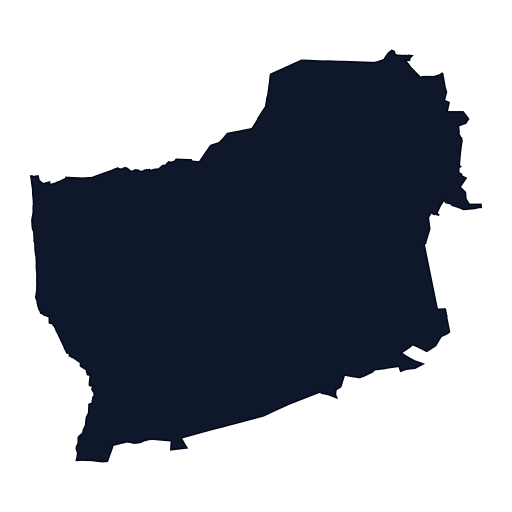 Skultes pag., Limbaži, Latvia (Natural Earth projection)
{"feature_id": "27541924B61161973080375", "entity_name": "Skultes pag.", "entity_type": "district", "adm_level": 2, "iso_a3": "LVA", "parent_name": "Latvia", "parent_adm1": "Limbaži", "projection": "natural_earth1", "projection_center": [24.474, 57.372], "detail": "fine", "context": "isolated", "style": "filled", "palette": "ink", "viewbox_px": 512, "rotation_deg": 0, "n_neighbors": 0, "source": "geoboundaries", "source_scale": "gbopen_adm2", "svg_char_len": 5789}
<svg xmlns="http://www.w3.org/2000/svg" viewBox="0 0 512 512"><path d="M134.0,443.2L139.5,442.6L142.9,441.4L143.5,440.7L144.7,440.3L144.7,440.6L145.1,440.6L148.6,439.5L152.4,439.1L159.3,439.8L171.4,440.8L170.8,449.8L187.0,447.9L184.2,443.6L184.1,443.2L181.1,438.0L204.8,431.4L208.0,430.6L211.1,429.7L224.3,426.3L263.4,415.9L266.9,414.3L270.3,412.6L288.7,404.2L318.6,392.5L320.9,392.0L321.4,393.1L328.1,394.5L336.7,397.8L335.5,394.6L335.5,393.2L336.0,390.2L335.9,390.1L335.9,389.7L340.3,387.2L340.8,386.7L344.4,375.0L352.3,376.5L354.8,376.8L354.9,376.7L355.4,376.9L359.7,377.6L362.4,376.5L363.9,376.1L372.6,371.9L374.4,369.8L384.3,368.6L388.2,367.8L399.0,366.3L400.7,371.3L404.3,369.9L404.5,369.7L405.8,369.4L407.4,369.1L415.1,368.2L423.2,363.9L413.4,360.5L413.4,360.3L407.1,356.8L401.1,353.0L410.4,346.7L412.4,344.6L417.3,346.6L426.8,351.4L435.6,345.7L441.1,336.5L447.0,333.8L449.5,332.0L449.3,331.5L449.0,329.3L446.6,317.0L446.9,316.4L446.7,316.1L445.4,309.5L445.2,309.0L437.3,309.3L436.9,307.3L424.2,244.8L424.2,244.6L425.7,243.0L425.5,242.9L429.8,228.8L428.3,217.5L429.8,215.0L429.7,214.8L430.0,214.0L430.4,213.9L431.2,212.9L431.6,212.7L432.0,212.8L433.1,214.0L434.1,214.5L434.4,214.5L435.0,214.1L435.8,213.9L436.0,214.0L436.9,214.7L437.9,215.0L438.4,215.1L438.7,214.8L436.5,213.0L437.3,212.2L440.4,205.6L443.0,201.6L443.8,200.1L446.2,202.8L450.4,203.6L452.4,205.5L452.6,205.4L460.8,208.2L463.6,209.5L474.5,208.5L478.7,207.5L481.3,207.4L481.0,204.3L469.3,204.4L466.0,199.1L465.4,192.3L460.1,187.1L461.1,185.4L466.2,178.1L462.5,176.3L461.7,176.1L461.7,174.4L458.7,172.7L458.9,167.3L460.6,166.7L459.3,165.3L460.2,153.9L460.3,153.9L460.4,153.4L460.3,152.2L460.6,150.9L461.7,142.1L462.1,141.1L461.5,137.9L460.8,138.0L458.7,133.3L459.1,132.1L458.4,126.0L463.4,124.0L465.8,123.3L466.6,121.7L468.6,119.0L465.6,115.0L463.1,111.8L447.1,111.8L449.1,102.5L447.4,101.8L444.3,100.4L446.4,92.4L446.5,92.0L445.2,87.9L443.7,79.6L442.7,73.6L442.0,73.2L440.1,74.7L434.4,76.6L422.9,76.6L422.0,76.9L421.3,77.4L420.9,77.8L410.6,67.3L408.4,64.2L405.3,60.4L409.6,60.3L409.9,58.0L412.2,55.7L408.4,55.3L407.4,56.2L406.4,55.4L405.0,55.6L397.4,55.3L395.4,54.7L394.6,52.9L394.3,51.5L391.8,50.3L388.1,53.3L383.8,59.7L377.6,61.9L374.0,62.6L345.6,61.6L335.3,61.4L334.8,61.3L326.0,61.0L325.5,61.1L325.4,61.3L307.1,60.4L301.5,60.3L270.5,74.3L269.9,79.2L270.0,79.4L267.9,94.8L267.0,97.8L265.6,107.0L264.7,107.9L257.8,118.7L257.5,120.0L252.0,128.7L227.4,133.5L223.4,138.3L219.4,142.6L210.6,145.5L199.3,162.0L191.8,161.2L191.2,159.8L176.1,159.3L174.5,161.4L173.1,161.7L171.3,162.4L170.7,162.4L169.0,161.8L166.8,163.5L165.9,165.5L163.6,165.4L162.3,165.8L159.3,168.5L158.6,169.0L153.7,169.5L153.0,169.9L152.4,170.0L152.2,170.3L151.8,170.5L151.2,170.3L150.3,170.6L150.0,170.5L149.9,170.1L149.7,169.9L149.6,169.6L149.3,169.8L148.9,169.8L148.4,170.1L147.8,169.8L147.4,169.8L146.7,169.6L146.4,169.9L145.4,170.3L144.9,170.1L144.8,170.3L144.2,170.4L144.1,170.8L142.0,171.4L141.5,171.3L140.6,171.5L140.4,171.4L139.4,171.4L139.2,171.2L139.0,170.8L138.9,170.4L135.7,169.8L131.4,171.5L130.7,171.3L129.1,169.9L129.1,170.0L128.5,169.3L126.3,167.9L124.1,167.9L123.0,168.5L122.7,168.9L121.8,169.1L119.5,169.0L118.6,168.6L117.8,168.0L113.8,169.5L111.5,170.6L97.0,175.7L92.0,177.6L88.0,177.8L83.8,178.1L82.7,178.2L66.0,177.4L66.2,178.3L60.0,181.2L59.8,181.3L59.7,181.6L58.7,181.6L58.3,181.9L57.8,182.0L57.0,182.3L56.8,182.6L55.9,182.9L55.5,183.3L55.0,183.3L54.4,183.6L54.0,183.5L51.0,184.5L50.8,184.4L50.6,184.5L50.4,184.9L50.0,185.0L49.9,184.8L49.5,182.0L43.2,183.8L42.9,183.6L39.0,180.4L38.1,175.9L32.5,176.7L32.3,176.0L30.7,176.0L30.9,176.6L31.2,178.7L31.4,179.2L31.4,180.2L31.5,180.5L31.6,181.7L31.7,182.1L31.9,184.6L32.1,185.1L32.3,186.3L32.3,186.6L32.2,186.9L32.5,187.9L32.8,191.4L32.7,192.5L32.9,195.7L33.1,196.7L33.2,198.9L33.5,200.3L33.3,201.2L33.4,202.1L33.6,203.2L33.2,206.3L33.3,207.3L33.1,208.2L33.2,208.8L33.3,209.1L33.2,209.6L33.3,211.4L32.9,214.1L32.9,214.6L32.3,217.5L31.9,219.9L31.9,221.2L32.0,222.3L32.1,224.5L32.3,227.0L32.5,228.3L33.0,230.0L33.4,230.8L33.9,232.6L33.9,233.8L33.9,235.0L34.2,237.9L34.2,239.3L34.0,240.2L34.5,242.0L34.6,242.7L35.0,243.9L34.9,245.2L35.1,246.7L34.9,247.4L35.1,249.5L35.1,250.5L35.7,254.7L35.7,255.2L36.0,256.1L36.3,258.2L36.2,258.9L36.2,259.6L36.4,261.6L36.3,262.2L36.5,263.3L36.3,267.2L36.4,268.2L36.5,270.0L36.7,271.1L36.9,273.8L36.9,277.8L36.8,278.8L36.9,280.7L36.9,284.2L37.0,284.9L36.8,287.1L36.8,290.3L36.6,291.3L36.6,292.4L36.5,293.0L36.2,293.8L36.1,295.6L35.8,296.4L35.8,297.6L35.9,298.1L36.7,299.8L37.2,301.5L37.3,303.2L37.8,304.8L37.9,306.0L38.1,306.6L38.6,307.5L39.0,309.4L40.1,311.3L40.9,313.3L42.2,313.4L43.4,314.8L49.2,316.8L49.4,323.0L53.2,323.9L53.3,325.6L54.1,325.7L56.3,330.3L56.1,330.4L57.4,332.8L57.7,333.3L64.0,346.6L64.6,348.1L64.6,348.7L65.8,350.4L66.7,352.9L67.0,353.0L69.4,353.3L69.3,355.9L72.0,356.8L71.9,357.4L73.6,357.7L73.7,357.9L77.7,360.8L79.8,362.1L80.0,362.4L80.3,362.7L80.4,362.9L80.5,366.0L81.5,366.8L82.8,367.4L83.2,367.8L86.3,369.7L86.6,370.0L86.6,370.6L86.4,371.6L87.6,373.7L87.3,374.6L90.3,375.3L89.6,381.0L89.3,384.6L89.6,385.6L92.6,385.9L92.1,388.9L91.9,389.3L93.3,391.7L93.8,391.6L94.2,392.7L93.9,393.4L94.3,394.0L94.3,395.8L93.6,396.2L92.9,397.6L92.3,401.1L92.6,402.8L88.9,404.4L89.0,405.6L88.8,408.6L88.6,413.1L86.7,416.6L86.3,418.2L85.4,425.8L83.4,429.7L82.7,433.5L81.4,434.2L78.8,436.5L78.4,437.3L78.1,438.4L78.3,439.1L78.1,443.7L77.6,444.4L76.4,446.8L76.4,449.4L76.5,449.4L76.8,450.1L77.8,453.7L77.7,454.3L77.3,455.1L77.2,456.6L76.8,458.6L76.7,458.8L76.3,460.4L78.8,460.4L79.2,460.2L85.9,460.2L88.2,460.4L91.4,460.4L97.7,461.2L102.7,461.7L107.4,461.3L112.2,447.9L112.9,445.3L121.4,443.1L123.6,442.7L124.2,442.3L124.7,442.4L126.6,441.8L127.3,442.0L127.7,441.9L131.5,442.5L134.0,443.2Z" fill="#0f172a" stroke="#020617" stroke-width="1.5"/></svg>